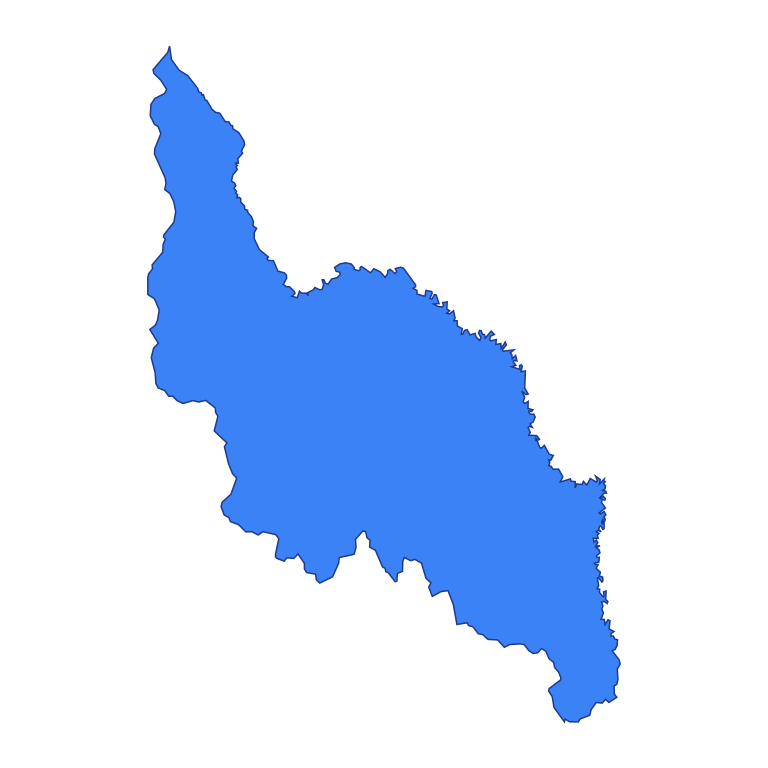 Rioja, San Martín, Peru
{"feature_id": "86281439B49407103225288", "entity_name": "Rioja", "entity_type": "district", "adm_level": 2, "iso_a3": "PER", "parent_name": "Peru", "parent_adm1": "San Martín", "projection": "robinson", "projection_center": [-77.409, -5.821], "detail": "fine", "context": "isolated", "style": "filled", "palette": "blue", "viewbox_px": 768, "rotation_deg": 0, "n_neighbors": 0, "source": "geoboundaries", "source_scale": "gbopen_adm2", "svg_char_len": 6116}
<svg xmlns="http://www.w3.org/2000/svg" viewBox="0 0 768 768"><path d="M221.1,506.7L224.2,515.0L228.9,517.6L230.4,521.6L238.6,524.7L245.9,531.9L251.8,531.7L258.2,535.0L263.0,531.7L275.8,534.6L278.8,538.7L275.6,553.8L275.4,556.6L276.7,558.3L284.1,561.2L286.9,557.8L293.8,558.4L298.0,554.0L304.4,563.4L304.4,569.0L306.7,572.5L315.7,574.2L316.3,579.7L319.8,583.1L332.6,576.8L338.6,563.3L339.2,557.6L354.1,554.3L356.0,547.5L355.5,539.4L362.8,531.0L365.6,531.6L367.0,537.8L370.0,540.0L369.6,547.1L375.4,550.3L382.5,566.9L385.1,568.4L385.9,571.8L388.0,572.4L395.1,581.7L396.9,581.0L397.3,573.5L402.5,571.3L402.8,561.3L404.3,557.5L410.8,560.7L414.9,559.4L421.5,563.2L426.0,578.3L430.9,582.9L428.7,587.2L432.3,596.4L441.1,591.6L448.0,590.6L453.4,604.8L456.9,624.5L467.0,622.8L468.8,625.6L473.0,626.8L478.2,633.7L482.8,634.6L487.9,639.4L497.5,639.9L504.4,647.3L509.9,644.5L520.6,643.9L524.2,644.6L528.8,650.6L533.1,653.5L538.0,652.7L541.4,648.6L545.8,651.1L549.0,658.6L553.7,662.5L554.6,667.5L558.6,672.0L560.9,678.0L560.6,679.9L549.1,688.6L548.6,691.1L552.2,696.6L554.0,707.5L564.4,721.9L565.1,719.1L569.6,721.8L578.4,721.9L580.1,718.9L589.7,715.3L591.2,709.6L596.2,702.5L602.2,703.1L605.5,699.3L608.9,702.4L616.8,697.3L614.4,694.0L614.0,686.2L616.9,684.2L617.9,679.4L617.3,669.2L620.2,663.9L618.9,659.4L612.1,650.7L615.1,649.5L617.1,645.7L617.5,639.7L614.6,638.9L613.4,636.0L610.9,636.1L611.1,633.6L614.0,631.5L609.1,628.9L610.0,620.7L608.0,619.7L605.1,624.6L604.3,619.5L601.1,619.3L603.4,612.9L601.8,609.1L602.9,605.8L601.4,602.1L604.5,601.5L607.2,603.5L607.9,601.5L605.7,599.5L606.1,591.0L603.5,591.8L604.1,595.8L603.1,596.8L599.5,592.5L599.7,589.3L597.0,588.6L598.7,585.9L597.4,577.9L598.7,577.8L601.8,582.0L602.9,581.0L602.6,577.0L599.4,576.2L600.4,572.2L596.1,568.3L598.1,564.6L595.0,564.5L594.2,563.2L598.9,562.1L599.3,557.2L596.9,557.4L596.4,555.9L600.0,552.8L599.0,549.7L596.3,547.9L600.0,545.7L595.5,546.1L597.8,542.7L596.3,540.0L594.0,542.2L593.2,538.3L598.2,538.4L597.3,535.3L599.0,533.5L596.3,531.7L598.3,530.5L601.2,531.8L598.6,529.4L599.8,526.1L601.1,526.0L602.7,529.4L604.1,528.7L604.1,523.1L602.3,523.7L601.6,522.0L602.8,519.3L603.2,522.0L604.5,521.6L605.3,519.5L604.1,516.8L605.9,514.8L604.1,511.6L600.3,514.1L599.1,513.0L605.4,508.0L601.4,502.3L602.2,499.5L604.8,500.2L605.4,498.6L603.0,496.1L600.6,498.7L599.6,497.9L604.0,493.2L606.5,493.1L605.7,491.1L602.7,490.5L605.0,488.9L605.5,485.7L603.3,483.4L605.3,481.8L603.8,480.6L604.2,479.1L599.6,483.7L600.2,479.5L595.6,476.1L597.3,480.5L596.3,482.0L590.2,478.5L586.9,485.0L583.4,481.4L582.1,484.5L576.7,484.0L575.2,487.8L575.2,481.6L570.9,481.2L570.4,478.9L560.3,482.0L562.8,476.7L558.6,469.1L552.9,469.2L551.2,466.4L548.8,465.6L549.8,462.5L548.7,459.7L550.7,460.4L553.3,455.5L549.1,454.2L544.4,445.4L540.9,448.3L539.8,447.5L537.3,441.3L535.4,440.0L535.9,438.2L537.7,440.3L539.5,439.4L536.7,435.6L528.9,435.2L530.2,432.4L528.1,427.4L529.6,426.4L532.3,427.4L530.2,423.8L533.1,422.0L535.2,417.1L533.8,414.1L530.8,414.3L529.0,412.7L528.9,411.0L531.7,411.5L532.9,409.8L528.0,408.4L528.2,401.4L525.0,403.5L523.1,401.7L524.7,397.4L521.8,391.2L526.0,394.7L528.2,394.1L524.7,388.0L525.4,371.0L521.0,371.6L522.3,366.3L521.2,364.7L519.5,365.6L519.9,369.4L511.6,366.7L515.9,365.4L513.3,361.9L513.6,360.5L517.0,361.0L515.6,355.5L512.3,358.6L511.8,354.6L510.2,353.0L513.9,349.9L503.1,351.2L502.5,349.6L506.4,344.9L505.2,342.1L501.2,348.4L500.8,343.5L495.9,344.5L496.3,339.5L490.6,340.9L489.6,339.0L490.4,336.3L494.4,334.5L491.2,331.1L485.3,338.1L484.5,334.6L482.4,334.2L481.2,330.7L479.5,330.4L478.5,333.2L481.0,337.4L479.7,340.5L476.1,337.0L475.1,333.4L470.0,334.9L467.0,329.6L464.5,330.4L462.9,334.1L461.3,334.3L462.3,328.7L457.4,326.0L457.1,320.7L453.9,320.8L455.1,318.0L453.5,310.8L449.5,313.9L446.7,313.3L449.6,310.8L446.8,308.9L447.2,301.9L442.7,302.6L443.5,305.5L442.4,307.0L437.8,306.4L433.5,304.0L439.0,303.6L436.2,295.0L434.4,294.6L432.0,299.0L429.8,298.7L432.2,293.3L431.7,291.5L426.0,290.4L424.9,296.3L417.1,294.1L416.9,290.4L413.1,288.3L415.6,286.7L415.6,284.9L403.6,268.3L400.8,267.2L395.3,268.5L396.7,271.7L395.1,273.6L390.1,269.3L387.8,270.7L387.6,273.8L385.1,277.3L380.4,272.0L373.8,268.7L370.5,272.8L361.6,266.5L360.2,267.2L360.0,270.0L358.3,270.7L354.1,269.4L354.3,267.7L351.3,264.0L345.6,262.8L339.7,264.0L334.6,267.5L336.1,271.3L339.6,272.1L340.3,274.5L336.9,277.7L331.6,279.0L328.0,284.2L325.5,283.3L323.8,279.6L322.1,279.8L323.6,284.6L322.2,289.4L319.7,289.8L314.9,287.5L313.1,289.9L307.4,292.8L308.4,295.8L306.4,293.2L301.4,293.1L299.5,291.2L297.2,297.7L291.8,296.2L295.0,293.6L294.5,291.7L289.6,286.8L286.0,286.5L283.3,284.3L286.7,278.3L286.4,274.9L284.2,272.8L277.9,271.1L273.4,260.6L268.4,260.5L266.9,258.5L268.4,257.0L259.3,249.5L254.3,238.8L254.3,232.5L256.6,228.4L252.9,225.7L253.5,222.1L251.7,217.1L247.6,212.1L247.7,210.3L244.8,209.3L244.5,206.0L240.7,202.0L240.8,198.9L239.5,197.4L236.9,197.7L237.7,194.8L235.5,193.1L236.5,191.4L234.1,188.3L235.8,185.6L234.6,183.0L231.5,181.1L232.8,175.0L237.3,169.5L236.1,166.8L237.3,165.5L235.5,163.2L238.4,163.2L237.7,158.8L242.7,153.1L241.4,151.2L244.6,144.7L243.9,140.8L238.7,132.5L232.9,128.8L232.6,125.8L230.6,125.0L229.0,122.0L225.2,121.6L219.8,113.2L215.5,112.3L212.0,109.3L206.8,100.4L205.2,100.1L203.3,94.6L201.9,95.1L201.3,92.9L198.8,91.9L197.7,88.5L187.9,75.8L179.1,70.2L171.5,59.6L169.6,46.1L167.7,52.5L153.1,69.6L153.8,73.4L160.6,80.0L166.7,89.4L164.5,93.5L154.8,98.5L151.0,104.3L150.2,115.8L154.5,124.4L158.1,126.6L160.8,133.6L154.8,148.7L154.5,154.1L165.2,178.0L166.0,183.6L164.7,189.5L169.9,193.6L173.7,201.4L175.7,211.6L173.9,222.1L164.0,234.7L163.5,236.9L165.3,239.2L163.1,244.4L162.8,252.2L152.1,264.9L152.5,268.9L148.8,273.6L147.8,277.3L147.8,294.5L154.5,298.8L159.2,310.1L157.5,320.4L155.2,325.3L149.8,329.4L158.3,343.3L153.6,348.1L151.3,357.8L155.1,372.5L155.9,383.6L158.2,387.9L164.7,390.6L168.7,396.2L172.8,396.2L177.0,400.6L183.0,403.5L193.2,400.6L198.6,402.0L205.7,400.4L215.3,408.0L215.6,412.4L217.9,416.3L214.2,430.9L226.9,442.9L224.4,446.7L228.5,463.7L232.5,473.6L236.7,478.2L230.9,494.3L222.2,502.2L221.1,506.7Z" fill="#3b82f6" stroke="#1e3a8a" stroke-width="1.5"/></svg>